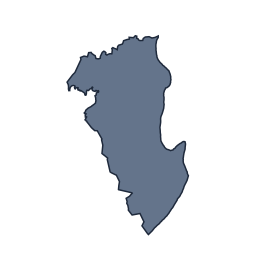 Yala, Cross River, Nigeria, rotated 106°
{"feature_id": "59680162B30655337934726", "entity_name": "Yala", "entity_type": "district", "adm_level": 2, "iso_a3": "NGA", "parent_name": "Nigeria", "parent_adm1": "Cross River", "projection": "orthographic", "projection_center": [8.567, 6.667], "detail": "fine", "context": "isolated", "style": "filled", "palette": "slate", "viewbox_px": 256, "rotation_deg": 106, "n_neighbors": 0, "source": "geoboundaries", "source_scale": "gbopen_adm2", "svg_char_len": 4542}
<svg xmlns="http://www.w3.org/2000/svg" viewBox="0 0 256 256"><g transform="rotate(106 128 128)"><path d="M189.9,120.1L189.2,106.5L189.5,106.0L193.3,107.8L196.1,110.4L198.9,108.6L200.8,108.4L202.3,106.9L205.4,105.3L206.9,105.0L210.5,100.1L206.9,92.9L213.8,86.8L218.2,87.6L223.9,80.4L224.8,79.0L223.4,78.2L221.6,77.2L220.2,76.4L218.5,75.7L216.7,75.0L216.1,74.6L215.0,73.9L213.6,73.2L211.1,71.4L209.7,71.0L208.4,70.0L207.6,69.9L206.6,69.2L205.2,68.2L204.1,67.8L202.7,67.1L201.7,66.4L200.3,66.0L198.9,65.3L197.1,64.9L196.1,64.5L193.6,63.8L193.1,63.5L192.2,63.1L190.5,62.7L189.1,62.4L187.7,62.0L186.3,61.6L183.8,60.9L182.4,60.9L181.0,60.2L179.6,59.5L178.8,59.3L178.3,59.2L177.5,59.1L176.1,58.7L174.4,58.3L172.6,58.3L170.9,58.0L168.7,58.0L166.3,57.6L164.5,57.2L163.1,57.0L162.4,56.8L160.7,56.8L158.2,56.8L157.2,56.8L156.5,57.5L155.1,58.6L154.0,58.9L152.9,60.0L152.5,60.3L151.9,60.7L150.1,62.1L149.1,62.8L148.3,63.5L146.6,64.9L146.3,65.1L145.2,65.6L144.1,66.0L142.7,66.3L142.0,66.7L141.0,66.7L139.2,67.0L136.4,67.3L134.3,67.3L134.1,67.3L132.5,67.3L131.1,67.7L128.0,68.2L127.3,68.4L125.5,69.4L125.5,70.1L125.8,71.2L126.0,71.3L126.5,71.9L127.6,72.6L128.6,73.7L130.0,74.8L131.4,75.9L132.1,76.2L133.2,76.9L134.6,77.3L135.6,78.4L136.7,78.7L137.3,79.8L138.0,80.9L137.7,82.7L137.7,83.7L137.7,85.1L136.6,87.3L135.2,88.7L134.8,89.4L134.1,90.1L133.1,91.2L132.4,91.8L131.6,92.6L130.2,93.3L129.2,93.6L127.4,94.3L125.7,94.7L123.5,95.7L121.4,96.4L118.6,97.5L116.2,97.8L114.0,98.1L112.3,98.5L110.2,99.2L108.1,99.5L105.3,99.2L103.9,99.1L101.7,99.1L99.3,99.1L97.2,99.5L95.4,99.8L93.3,100.8L90.8,101.2L88.4,101.9L87.3,102.6L85.9,102.9L84.9,103.3L83.5,103.3L82.4,103.3L81.7,103.3L80.3,102.9L79.2,102.9L78.6,101.8L77.2,100.7L76.1,100.0L74.7,99.6L73.7,99.6L72.3,99.6L71.2,100.0L69.8,100.0L68.4,100.7L67.0,101.0L66.3,101.4L64.5,102.4L63.1,103.5L61.7,104.5L61.0,106.0L60.2,107.3L59.9,107.7L59.5,108.8L58.5,110.6L58.1,112.0L57.4,112.7L56.7,114.1L56.0,115.5L55.3,116.2L54.6,117.3L53.5,118.4L51.7,119.8L50.7,120.1L49.6,120.8L47.9,121.5L46.8,121.9L45.4,122.6L44.0,122.9L42.2,123.6L40.8,124.0L39.4,124.3L38.4,124.3L36.9,124.6L35.2,124.6L34.1,124.3L32.7,123.9L31.2,124.3L33.5,127.0L34.0,128.0L34.9,129.8L34.4,132.9L35.8,136.5L37.6,137.9L37.7,138.0L39.8,138.0L40.7,140.7L40.4,142.1L39.5,142.9L39.4,144.1L39.4,144.3L37.3,144.9L37.3,146.4L39.7,147.7L40.1,149.8L40.5,151.9L42.2,151.2L43.2,153.3L45.3,156.3L47.4,156.3L48.9,156.6L51.0,159.8L52.5,160.4L53.3,160.3L54.5,160.1L55.7,160.0L55.3,161.4L55.2,163.2L54.9,164.7L56.0,165.5L57.4,164.6L59.7,164.2L61.1,164.0L61.6,165.9L62.6,167.4L63.7,168.4L63.5,169.1L63.4,169.7L61.7,170.0L60.9,171.5L60.9,172.5L62.4,173.6L66.8,174.3L68.5,173.9L69.6,175.2L69.9,176.4L70.0,178.0L67.5,179.5L67.1,181.4L66.9,181.7L66.4,183.2L65.5,184.3L65.6,184.5L66.4,186.6L66.9,186.6L70.7,186.6L71.0,190.1L73.1,192.8L73.3,193.1L75.2,192.1L89.3,194.3L92.2,195.9L100.7,199.2L102.9,197.3L104.9,196.5L106.9,196.0L108.4,195.2L108.1,194.3L107.1,194.6L105.0,194.7L103.2,193.9L102.2,192.5L102.1,190.8L102.6,190.4L103.9,190.6L104.9,189.9L105.0,189.5L103.8,189.0L103.3,188.4L103.0,187.4L103.2,186.9L103.5,186.9L103.9,187.2L104.4,187.1L104.8,186.7L105.3,186.4L105.3,186.1L104.8,185.6L105.0,184.9L105.5,184.5L105.6,184.2L105.0,183.9L105.0,183.4L105.4,182.4L105.6,181.6L106.4,179.5L106.9,179.0L108.0,178.6L108.2,177.9L108.0,177.5L107.5,177.5L106.7,177.4L105.6,177.7L104.6,177.9L104.1,178.1L103.0,177.8L103.0,177.1L102.8,176.2L101.5,175.6L101.1,175.4L100.3,174.4L99.3,173.9L98.7,173.8L98.5,173.5L98.7,173.1L99.3,173.1L99.8,173.3L100.2,173.6L100.9,173.1L101.7,172.4L101.9,171.2L101.9,169.7L101.1,169.3L100.7,169.1L100.9,168.2L101.2,168.0L101.0,167.6L100.3,167.0L100.3,166.7L100.8,166.3L101.7,166.3L102.1,167.1L103.0,168.0L104.3,167.9L104.9,167.6L106.1,168.6L107.5,167.7L107.9,167.4L109.5,166.9L110.7,166.3L111.3,166.3L112.2,166.3L112.9,166.1L113.6,166.5L114.2,166.9L114.9,167.4L115.3,167.8L115.7,168.0L116.2,168.4L116.4,168.7L117.1,169.0L117.9,169.7L118.9,170.8L120.0,171.9L122.6,173.5L124.0,173.5L124.5,173.6L125.3,174.2L125.8,174.1L126.0,173.6L126.0,172.2L126.3,172.3L127.1,172.7L127.7,172.6L128.1,172.2L128.5,172.1L128.8,172.2L129.2,172.1L129.2,171.6L128.9,171.4L128.7,171.1L128.8,170.8L129.2,170.9L131.3,171.4L131.6,171.6L132.1,171.4L132.0,170.9L132.4,170.5L132.8,170.2L132.9,169.4L133.7,168.9L134.5,167.6L137.7,163.3L139.7,159.3L139.1,156.8L145.8,150.0L146.6,150.2L151.4,147.5L159.7,146.0L162.5,139.3L164.1,139.2L175.1,133.1L175.6,131.7L176.5,126.7L176.5,126.2L181.9,121.4L185.5,121.0L189.8,120.2L189.9,120.1Z" fill="#64748b" stroke="#1e293b" stroke-width="1.5"/></g></svg>